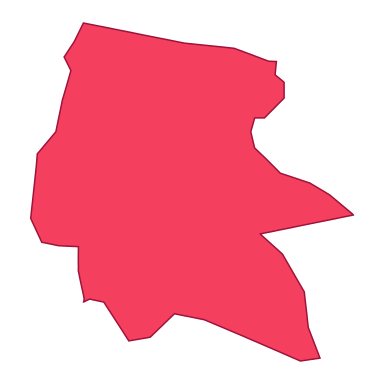 the district of Jihanah, Sana'a, Yemen
{"feature_id": "15242507B2838826249504", "entity_name": "Jihanah", "entity_type": "district", "adm_level": 2, "iso_a3": "YEM", "parent_name": "Yemen", "parent_adm1": "Sana'a", "projection": "orthographic", "projection_center": [44.505, 15.192], "detail": "fine", "context": "isolated", "style": "filled", "palette": "rose", "viewbox_px": 384, "rotation_deg": 0, "n_neighbors": 0, "source": "geoboundaries", "source_scale": "gbopen_adm2", "svg_char_len": 1682}
<svg xmlns="http://www.w3.org/2000/svg" viewBox="0 0 384 384"><path d="M320.0,358.1L308.3,327.6L307.4,319.9L306.6,312.3L305.0,298.6L304.3,291.9L304.2,291.8L303.2,290.0L296.1,277.8L282.5,254.2L274.7,247.1L261.8,235.5L260.6,234.4L260.5,234.2L260.4,234.1L260.3,233.9L302.5,225.3L305.5,224.7L353.3,215.0L353.2,214.8L353.1,214.6L351.3,213.0L329.5,194.8L313.3,185.1L309.8,183.0L302.2,180.5L292.4,177.2L280.3,173.2L271.3,164.1L266.6,159.4L259.6,152.7L254.6,147.9L251.7,135.6L250.8,131.7L254.7,117.9L264.5,117.9L269.0,113.3L275.5,106.8L278.0,104.2L284.1,98.1L284.1,92.3L284.1,88.2L284.1,84.0L284.1,82.3L282.5,80.9L275.1,74.8L276.4,61.5L268.6,61.2L255.9,56.4L244.2,52.0L234.1,48.3L233.2,48.2L221.2,46.9L201.5,44.9L184.2,43.1L169.4,40.1L156.6,37.6L141.9,34.7L140.6,34.4L133.7,33.0L112.6,28.8L83.4,23.0L80.3,29.3L74.2,41.7L72.3,44.6L69.6,48.6L69.5,48.8L64.6,56.3L64.4,56.6L64.1,57.0L64.7,58.1L65.6,59.9L70.9,70.6L66.7,85.3L63.2,97.3L62.5,99.4L61.2,105.9L57.5,123.7L56.5,128.6L55.9,131.7L55.3,132.4L37.3,153.9L36.3,166.0L35.8,170.9L32.4,202.6L32.1,205.2L30.7,218.4L33.6,224.7L41.8,242.3L44.1,242.7L50.4,244.0L55.7,245.1L58.5,245.7L66.4,246.1L77.5,246.6L78.4,246.7L78.4,246.8L78.4,247.5L78.3,260.6L78.4,266.7L78.4,267.3L78.3,270.7L78.8,273.0L79.8,278.1L82.0,288.5L83.1,293.3L83.7,296.3L84.2,299.1L84.1,299.7L83.9,300.6L83.7,301.3L83.6,301.9L84.0,301.8L86.2,300.7L87.3,300.2L89.7,299.1L92.6,299.7L93.8,300.0L103.8,302.1L104.3,302.9L119.8,326.8L122.9,331.6L128.0,339.6L128.2,339.9L128.8,340.9L146.4,337.9L150.2,337.2L174.5,313.7L174.6,313.8L180.1,314.9L185.0,315.9L204.1,319.7L218.0,325.5L236.4,333.3L241.4,335.4L300.4,361.0L320.0,358.1Z" fill="#f43f5e" stroke="#9f1239" stroke-width="1.5"/></svg>